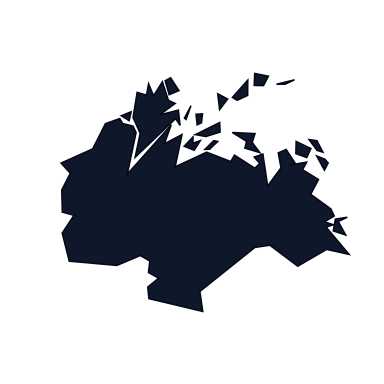 Finland Proper, orthographic projection, rotated 161°
{"feature_id": "FIN-3191", "entity_name": "Finland Proper", "entity_type": "Region", "adm_level": 1, "iso_a3": "FIN", "parent_name": "Finland", "parent_adm1": "", "projection": "orthographic", "projection_center": [22.144, 60.47], "detail": "medium", "context": "isolated", "style": "filled", "palette": "ink", "viewbox_px": 384, "rotation_deg": 161, "n_neighbors": 0, "source": "natural_earth", "source_scale": "10m", "svg_char_len": 1938}
<svg xmlns="http://www.w3.org/2000/svg" viewBox="0 0 384 384"><g transform="rotate(161 192 192)"><path d="M251.6,284.8L236.4,285.0L235.2,279.3L226.3,273.5L225.5,266.4L247.3,230.0L189.7,262.3L202.4,246.6L182.7,249.6L199.7,221.3L165.2,224.9L145.4,208.2L139.8,213.1L124.9,194.1L118.7,196.9L121.8,204.8L112.6,204.8L118.5,173.1L100.0,185.9L97.7,200.9L89.1,201.6L85.1,185.8L91.4,185.8L73.8,182.9L80.2,177.1L68.3,162.6L80.5,151.2L66.2,130.8L65.3,123.0L76.5,120.7L68.9,115.0L76.6,115.1L63.7,81.8L83.5,93.9L116.2,87.4L135.7,116.3L150.6,119.1L216.9,95.4L220.7,75.5L267.5,105.2L264.8,116.5L251.7,121.4L259.4,130.0L254.4,140.5L261.7,148.8L286.9,147.0L330.6,166.5L328.1,195.4L311.2,208.4L321.2,215.2L314.5,236.3L301.0,249.4L306.4,262.0L271.9,265.1L251.6,284.8ZM183.6,266.7L234.5,243.3L221.9,264.4L223.5,281.7L211.4,304.1L203.5,298.4L197.8,308.5L197.0,295.5L184.1,305.9L184.4,286.2L179.0,281.2L197.6,275.4L178.2,273.9L181.6,258.8L183.6,266.7ZM134.6,235.2L113.4,226.7L118.9,219.2L115.0,207.1L127.8,216.3L123.9,222.1L134.6,235.2ZM145.9,239.5L160.8,239.9L170.2,245.2L143.2,248.7L145.9,239.5ZM107.9,265.2L119.4,264.0L123.0,268.3L102.8,279.7L107.9,265.2ZM82.0,276.6L89.8,269.3L98.5,272.5L94.1,283.7L82.0,276.6ZM72.3,187.2L81.3,194.5L77.1,205.9L65.4,194.4L72.3,187.2ZM171.3,292.1L181.9,291.4L181.2,305.9L175.0,307.0L171.3,292.1ZM65.3,119.7L53.4,117.6L63.3,116.4L60.6,101.2L71.1,109.2L65.3,119.7ZM175.2,237.9L167.4,237.9L176.3,230.7L184.5,237.8L173.1,243.8L175.2,237.9ZM139.1,260.9L135.7,276.5L128.0,268.3L139.1,260.9ZM58.5,264.7L68.8,263.6L77.1,266.4L58.5,264.7ZM156.6,262.5L160.5,254.3L165.3,253.8L162.9,264.2L156.6,262.5ZM228.2,279.9L234.1,287.1L223.4,287.7L228.2,279.9ZM64.3,203.5L57.2,199.9L55.2,187.0L60.3,190.7L64.3,203.5ZM62.4,185.5L55.7,179.8L53.8,175.1L59.7,169.5L62.4,185.5ZM164.9,273.9L174.0,262.5L175.1,264.3L164.9,273.9ZM166.0,228.1L154.7,233.5L151.2,231.4L161.4,226.7L166.0,228.1Z" fill="#0f172a" stroke="#020617" stroke-width="1.5"/></g></svg>